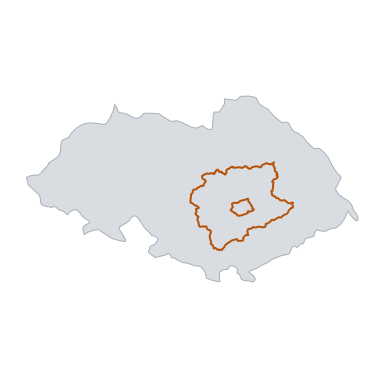 Czechia, with Středočeský highlighted, rotated 177°
{"feature_id": "CZE-1596", "entity_name": "Středočeský", "entity_type": "Region", "adm_level": 1, "iso_a3": "CZE", "parent_name": "Czechia", "parent_adm1": "", "projection": "mercator", "projection_center": [14.499, 50.046], "detail": "fine", "context": "in_parent", "style": "outline", "palette": "amber", "viewbox_px": 384, "rotation_deg": 177, "n_neighbors": 0, "source": "natural_earth", "source_scale": "10m", "svg_char_len": 8897}
<svg xmlns="http://www.w3.org/2000/svg" viewBox="0 0 384 384"><g transform="rotate(177 192 192)"><path d="M356.3,215.5L355.1,215.6L352.3,216.7L348.7,217.2L344.8,216.9L341.8,218.9L339.0,222.2L336.0,224.5L334.4,226.5L333.5,228.6L323.6,234.5L322.2,236.9L321.1,240.3L320.6,244.8L319.9,248.8L318.2,250.9L312.9,252.7L311.5,253.7L310.5,255.8L307.5,258.9L304.0,261.9L297.5,265.4L290.5,266.4L281.5,265.3L276.2,263.9L273.6,265.4L270.1,269.9L266.3,277.6L264.7,283.3L263.5,281.7L261.3,275.6L258.9,274.8L255.5,274.2L253.0,273.3L247.6,269.8L244.8,268.7L241.6,268.5L238.5,270.5L236.2,273.0L229.0,272.9L221.1,271.8L209.8,263.7L206.8,263.6L203.7,264.0L198.7,262.1L189.2,256.8L184.7,255.6L181.8,256.3L179.3,257.5L177.4,257.6L176.3,255.9L172.8,253.8L169.2,253.5L168.2,254.8L167.0,266.4L165.8,270.6L160.8,270.4L159.1,272.4L155.2,277.9L154.5,283.3L147.8,282.2L144.6,281.3L141.8,282.0L138.7,285.0L130.0,284.8L123.2,283.0L120.2,276.4L117.1,273.8L113.1,271.4L111.8,270.9L109.6,267.3L105.4,262.8L98.7,256.6L93.5,256.9L91.6,255.3L90.7,253.0L88.6,249.1L86.1,246.4L83.2,245.3L78.9,241.8L73.2,234.3L68.0,229.0L63.0,229.1L59.8,226.3L56.5,222.7L54.1,219.2L50.4,210.7L47.7,205.8L45.6,202.8L43.2,200.3L42.3,198.3L45.2,193.7L46.3,191.4L47.6,189.7L48.3,187.9L48.3,186.5L45.6,181.9L42.0,178.7L36.8,175.4L33.4,171.2L32.2,167.3L31.8,165.2L29.5,162.4L27.7,158.2L27.7,155.6L28.1,154.9L29.9,154.9L31.8,156.6L34.6,160.0L36.8,164.8L38.2,162.9L40.8,157.8L45.4,152.0L50.1,148.6L54.3,148.3L57.7,147.4L60.6,145.8L65.6,146.4L69.3,147.6L70.4,146.9L71.9,143.8L72.8,141.2L80.9,139.7L83.6,134.6L85.2,134.6L87.0,133.8L88.7,131.9L90.3,131.1L91.6,132.1L93.3,132.7L95.1,131.5L97.7,125.7L99.2,124.7L106.2,123.8L115.8,120.4L120.7,117.3L125.5,115.6L130.6,112.7L138.8,109.8L139.2,108.6L135.4,105.6L134.1,103.7L133.3,101.8L134.6,99.7L136.4,99.0L138.7,99.9L145.5,101.2L147.4,102.4L148.1,105.4L149.8,108.2L151.2,108.5L150.7,113.1L152.9,114.9L156.0,116.3L158.1,116.0L159.7,114.1L160.2,112.9L164.5,112.7L168.7,110.7L169.0,107.6L168.8,101.7L169.2,100.8L175.7,102.5L182.1,105.2L183.0,111.0L184.8,113.9L186.8,116.5L188.8,117.7L192.1,117.9L200.9,121.3L205.1,122.0L209.5,124.4L213.1,126.9L215.8,127.4L217.0,130.1L218.6,131.9L221.5,130.5L232.0,128.5L235.8,131.2L238.4,133.9L238.7,134.8L237.4,137.3L236.8,139.2L235.7,140.4L232.0,141.8L230.0,143.9L228.5,146.3L229.5,148.6L232.5,150.3L234.6,150.6L235.4,152.3L242.0,159.7L247.4,169.3L249.4,170.8L251.4,171.2L253.6,169.8L256.2,166.7L259.3,164.4L261.9,163.2L266.5,160.6L266.7,158.8L262.9,152.3L260.6,147.0L261.2,146.0L266.1,146.9L274.4,149.8L287.3,159.2L289.5,159.2L294.0,158.5L298.9,157.0L301.2,155.2L302.1,155.9L302.9,161.0L301.6,163.9L295.7,166.6L296.1,168.0L297.6,169.7L300.2,170.9L303.4,174.3L305.6,178.1L307.5,179.8L309.7,180.7L315.0,178.6L316.5,177.0L317.1,175.9L318.2,176.2L320.0,178.0L320.6,179.1L325.8,181.2L328.7,183.9L330.6,185.1L332.7,183.9L340.9,186.0L343.2,187.7L343.9,190.6L343.5,192.4L344.7,196.9L355.1,207.8L356.2,213.3L356.3,215.5Z" fill="#d9dde1" stroke="#a8b0b8" stroke-width="1"/><path d="M193.2,188.0L193.1,189.4L193.1,189.8L192.9,190.0L192.2,190.3L191.7,190.9L191.4,191.7L191.1,193.2L191.0,193.5L190.8,193.8L190.5,194.1L190.1,194.3L189.5,194.4L188.2,194.2L187.9,194.4L186.2,195.9L184.5,196.6L182.5,197.8L182.1,197.8L181.8,197.8L181.2,197.4L180.9,197.3L180.5,197.5L180.1,197.9L180.0,198.2L179.6,199.4L179.2,200.0L178.1,201.3L177.9,201.7L177.7,202.2L177.8,202.6L178.0,202.9L180.2,204.5L180.5,204.8L180.8,205.3L181.0,205.9L181.1,206.7L181.0,207.6L177.2,209.5L175.8,209.7L175.0,209.4L173.6,209.3L172.4,209.7L171.8,209.8L171.2,209.7L169.3,208.9L168.7,208.9L168.5,209.2L168.4,209.4L168.6,210.0L168.4,210.4L167.4,210.9L167.3,211.0L167.2,211.3L166.9,211.9L166.7,212.3L166.2,212.8L165.5,213.0L165.0,212.8L164.5,212.3L164.3,212.0L163.9,210.9L163.6,210.7L163.0,210.5L162.1,210.7L161.6,210.7L161.3,210.5L161.3,209.8L161.1,209.5L160.8,209.3L159.4,208.9L159.1,208.7L158.4,207.8L158.2,207.7L157.9,207.8L157.3,208.3L157.0,208.8L156.7,209.4L156.6,209.9L156.5,211.9L156.2,212.3L155.5,212.9L153.9,213.2L153.6,213.4L152.9,214.1L151.7,214.8L151.2,215.0L150.7,215.0L149.5,214.9L149.4,214.8L149.4,214.6L149.4,214.2L148.8,214.0L143.4,214.2L142.5,214.1L141.7,213.6L141.1,213.5L140.1,213.6L137.8,214.9L136.9,214.9L136.5,214.8L136.3,214.6L135.8,213.8L135.6,213.7L135.0,213.5L134.8,213.2L134.7,212.7L133.7,212.2L132.9,212.2L132.1,212.4L131.0,213.4L130.0,213.8L127.2,214.2L125.9,214.2L125.2,213.9L124.3,213.9L124.0,213.8L123.5,213.3L123.0,213.0L122.6,213.0L122.2,213.1L121.7,213.4L121.4,213.6L121.1,214.1L120.9,215.0L120.6,215.3L118.2,216.0L116.7,216.8L116.2,216.9L115.8,216.9L114.7,216.1L114.1,216.0L113.1,215.9L112.8,215.8L112.2,215.4L111.7,215.4L108.9,217.1L108.9,216.4L109.2,215.3L109.4,214.5L109.4,214.1L109.3,213.6L108.5,212.5L108.3,212.2L108.2,211.7L108.1,210.9L108.2,209.1L108.1,208.6L107.9,208.3L107.4,207.8L106.4,207.2L106.2,206.9L106.1,206.3L106.2,206.1L106.6,205.6L106.7,205.4L106.6,205.2L105.9,204.6L106.6,204.1L106.6,203.8L106.6,203.6L105.8,202.9L105.6,202.6L105.8,202.2L106.0,201.9L106.6,201.3L107.2,201.0L107.8,200.7L109.2,200.4L109.6,200.2L111.2,198.5L111.3,198.1L111.3,197.9L111.2,197.6L110.2,197.1L110.2,196.5L110.8,194.5L110.8,194.1L110.6,193.3L110.6,192.8L111.3,191.1L111.3,190.4L111.3,189.5L111.5,189.1L112.4,188.9L112.7,188.8L112.8,188.6L112.8,188.4L112.7,188.1L112.2,186.1L112.2,185.4L112.3,185.1L112.1,184.8L111.6,184.3L109.1,183.0L108.9,182.4L108.7,182.1L108.4,181.9L106.8,181.4L106.5,181.2L106.2,181.0L104.9,179.6L103.9,179.0L103.0,178.8L102.5,178.7L100.8,179.0L99.9,178.9L99.5,178.6L97.1,176.3L96.3,175.9L95.5,175.7L94.9,175.5L94.3,175.5L93.3,176.1L92.8,176.2L92.3,176.2L92.0,176.1L91.9,175.9L91.9,175.5L92.4,174.2L92.4,173.8L92.4,173.5L91.8,172.0L92.3,171.2L92.9,170.9L93.7,170.7L94.2,170.5L95.4,169.2L96.0,168.8L96.5,168.2L96.9,167.1L97.6,166.1L97.9,165.8L98.4,165.4L101.3,164.2L103.4,162.9L103.8,162.4L104.3,162.0L104.8,161.9L105.3,161.9L106.1,162.2L106.3,162.2L107.2,162.0L111.8,159.6L112.3,159.5L113.3,160.1L113.7,160.0L114.2,159.6L115.1,158.5L118.0,156.7L118.5,156.5L119.5,156.5L119.9,156.4L120.2,155.9L120.3,155.7L120.2,154.6L120.3,154.2L120.4,153.8L120.6,153.5L121.0,153.3L121.6,153.2L123.6,153.1L124.8,153.4L126.0,153.8L126.9,153.9L130.8,153.2L132.4,153.8L133.0,153.6L134.4,152.5L134.8,152.3L136.2,152.2L137.0,152.3L137.4,152.2L137.8,152.0L138.2,151.4L138.5,150.7L138.8,150.2L138.8,149.7L138.5,148.7L138.6,147.9L138.6,147.6L138.2,146.3L138.2,146.0L138.4,145.9L138.8,146.0L139.4,146.2L140.0,146.3L140.7,146.0L142.1,144.8L142.8,144.3L143.1,143.4L143.2,142.3L143.3,141.7L143.6,141.1L144.0,140.9L144.5,140.7L146.7,140.7L147.6,140.8L148.3,140.8L148.7,140.8L148.9,140.9L149.0,141.1L149.1,141.4L149.2,142.0L149.3,142.4L149.5,142.5L149.9,142.6L150.7,142.5L155.1,141.4L157.1,140.0L158.9,139.2L159.9,138.3L161.1,137.6L161.5,137.2L161.8,136.8L162.5,135.5L162.8,135.1L163.8,134.3L164.9,132.8L165.1,132.6L165.4,132.7L165.9,132.9L166.3,132.9L167.2,132.5L167.5,132.6L168.0,133.0L168.4,133.2L169.6,133.1L169.8,133.2L170.1,133.3L171.3,134.7L171.6,134.9L172.0,134.9L173.2,134.6L173.7,136.8L174.2,137.8L175.9,139.3L176.0,139.6L176.0,139.9L175.6,140.5L175.5,140.9L175.5,141.5L175.6,141.9L175.9,142.5L176.2,143.2L176.6,146.3L176.7,147.1L176.6,147.7L176.4,148.1L176.0,148.9L175.6,149.5L175.3,150.5L175.2,151.6L175.3,152.1L175.4,152.4L177.9,153.5L178.5,154.0L179.0,154.7L179.1,155.3L179.3,156.2L179.4,156.6L179.7,156.9L180.3,157.0L181.6,156.8L182.0,156.8L183.4,157.1L185.3,156.9L185.7,156.9L186.0,157.0L186.4,157.4L186.7,157.8L186.8,158.3L187.0,159.6L187.0,160.6L187.1,161.2L187.3,162.0L188.1,164.2L188.2,164.6L188.0,165.1L187.8,165.4L187.0,166.3L186.9,166.5L186.9,166.9L187.2,167.3L188.0,167.8L188.8,168.8L189.4,169.7L189.6,170.2L189.7,170.5L188.7,171.5L188.5,172.0L188.5,172.4L188.8,173.9L188.7,175.0L188.2,174.9L187.3,175.2L186.4,175.6L186.1,176.0L186.7,176.9L187.0,177.3L188.2,178.0L189.8,178.5L190.2,178.8L191.9,180.5L192.3,180.8L193.0,180.9L193.3,181.1L193.7,181.4L194.1,182.0L194.2,182.3L193.9,183.2L193.8,185.0L193.8,185.5L193.2,187.4L193.2,188.0ZM149.5,179.0L151.2,178.9L152.3,178.6L152.6,178.0L152.7,177.7L152.3,176.6L152.4,175.9L152.4,175.7L152.0,174.8L152.0,174.7L152.3,174.3L153.6,173.0L154.0,172.5L154.1,172.2L154.2,171.9L154.1,171.6L153.9,171.2L153.6,171.0L152.6,170.6L152.2,170.4L151.9,170.1L151.4,169.3L151.2,169.1L149.5,168.5L149.3,168.2L149.2,167.7L148.9,167.4L148.3,167.0L147.6,166.2L147.3,166.0L146.5,165.8L144.1,166.0L137.7,167.9L137.5,168.0L137.3,168.3L137.3,168.5L137.4,169.3L137.4,169.5L137.2,169.7L136.9,169.9L136.6,169.9L136.4,169.9L135.2,169.4L134.6,169.4L132.3,170.3L131.4,170.8L131.2,171.0L131.2,171.3L131.4,171.6L132.3,172.1L132.7,172.5L132.8,172.7L132.8,172.8L132.5,173.7L132.5,174.1L134.0,176.0L134.2,176.5L134.5,177.4L134.7,177.9L136.1,179.6L136.3,180.1L136.2,181.4L136.2,181.9L136.5,182.2L137.2,182.3L139.3,181.5L142.8,180.9L144.9,180.2L145.2,180.0L146.0,179.3L146.7,178.7L147.2,178.6L147.7,178.6L148.6,178.9L149.5,179.0Z" fill="none" stroke="#b45309" stroke-width="2"/></g></svg>